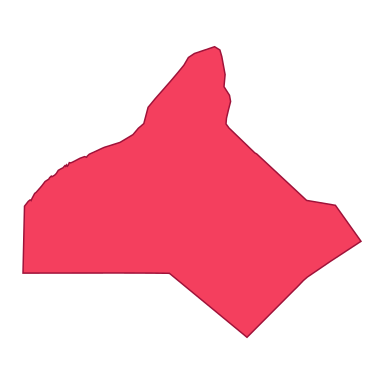 outline of Aoujeft, Adrar, Mauritania
{"feature_id": "47542326B38912627875653", "entity_name": "Aoujeft", "entity_type": "district", "adm_level": 2, "iso_a3": "MRT", "parent_name": "Mauritania", "parent_adm1": "Adrar", "projection": "albers", "projection_center": [-13.419, 19.526], "detail": "fine", "context": "isolated", "style": "filled", "palette": "rose", "viewbox_px": 384, "rotation_deg": 0, "n_neighbors": 0, "source": "geoboundaries", "source_scale": "gbopen_adm2", "svg_char_len": 1006}
<svg xmlns="http://www.w3.org/2000/svg" viewBox="0 0 384 384"><path d="M23.0,273.1L118.9,273.0L151.0,273.1L169.4,273.3L247.0,337.3L293.8,290.3L296.7,287.5L303.4,280.5L307.3,277.1L330.2,261.5L361.0,241.3L335.4,205.3L306.6,200.4L256.8,154.0L254.8,152.9L229.0,128.0L226.0,123.9L226.5,118.1L228.3,110.5L230.6,101.5L229.5,95.3L224.0,86.7L225.1,74.6L222.9,62.6L221.8,56.6L219.9,50.0L214.6,46.7L194.4,53.5L188.4,57.5L183.9,65.2L177.6,72.9L170.3,81.5L155.2,98.7L153.9,100.3L148.1,107.3L143.8,123.6L138.4,128.2L133.0,134.6L120.0,142.4L104.4,147.3L102.3,148.2L89.3,154.2L87.2,156.2L86.6,157.2L84.6,156.6L80.1,158.2L72.0,162.4L70.4,162.9L69.3,162.6L68.1,165.4L67.2,166.3L66.8,165.6L66.6,164.9L66.0,165.6L65.6,166.3L65.0,165.6L64.3,166.3L63.6,167.1L62.7,168.0L61.7,168.4L58.3,170.3L56.3,173.5L54.6,175.2L52.0,176.7L51.3,176.1L49.6,177.7L48.8,179.1L45.1,181.5L41.6,186.1L36.1,192.4L34.7,193.4L32.1,198.3L31.1,200.6L30.1,199.9L28.3,201.3L24.5,206.2L23.0,273.1Z" fill="#f43f5e" stroke="#9f1239" stroke-width="1.5"/></svg>